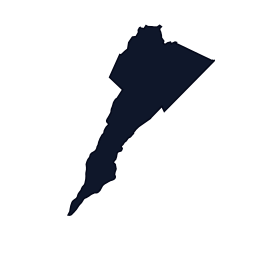 outline of Victoria, Choiseul, Saint Lucia, rotated 29°
{"feature_id": "8701671B14688938630280", "entity_name": "Victoria", "entity_type": "district", "adm_level": 2, "iso_a3": "LCA", "parent_name": "Saint Lucia", "parent_adm1": "Choiseul", "projection": "equal_earth", "projection_center": [-61.04, 13.808], "detail": "fine", "context": "isolated", "style": "filled", "palette": "ink", "viewbox_px": 256, "rotation_deg": 29, "n_neighbors": 0, "source": "geoboundaries", "source_scale": "gbopen_adm2", "svg_char_len": 5557}
<svg xmlns="http://www.w3.org/2000/svg" viewBox="0 0 256 256"><g transform="rotate(29 128 128)"><path d="M89.9,34.2L89.5,34.8L89.5,37.4L90.8,39.2L90.8,44.1L87.8,46.3L87.2,52.9L89.5,59.1L88.2,62.2L86.5,67.5L85.2,67.7L87.3,92.6L104.8,97.1L104.2,105.7L104.1,107.3L103.9,107.7L103.7,108.0L103.6,108.3L103.5,108.5L103.4,108.6L103.4,108.9L103.3,109.0L103.2,109.2L103.2,110.0L103.2,110.5L103.1,110.9L103.1,111.1L103.1,112.0L103.1,112.7L103.2,113.0L103.3,113.7L103.5,114.2L103.5,114.4L103.8,115.6L103.9,116.2L104.0,116.5L104.1,117.2L104.3,119.0L104.4,119.6L104.5,119.7L104.7,120.4L105.1,121.3L105.3,121.7L105.5,122.3L105.6,122.7L105.7,123.7L105.7,125.6L105.7,125.8L105.7,126.3L105.8,126.9L105.7,127.4L105.7,128.6L105.6,129.5L105.6,130.7L105.7,131.2L105.7,131.7L105.8,131.8L105.9,132.0L106.1,132.4L106.4,132.7L106.7,132.9L106.9,133.0L107.2,133.2L107.3,133.2L107.7,133.3L108.5,133.5L108.8,133.6L108.9,133.8L109.1,134.0L109.3,134.4L109.3,134.5L109.3,134.8L109.2,135.1L109.1,135.6L109.0,136.2L108.8,136.7L108.7,137.1L108.6,137.6L108.5,138.0L108.6,139.2L108.5,139.3L108.5,140.1L108.6,141.1L108.6,141.7L108.7,142.1L108.9,142.7L109.0,142.9L109.2,143.4L109.3,143.9L109.3,144.5L109.3,145.0L109.2,145.3L109.2,145.6L109.1,145.8L108.9,146.3L108.8,146.5L108.8,147.0L108.8,147.5L108.8,148.0L108.8,148.7L108.8,149.3L108.8,149.5L108.8,151.0L108.9,151.3L109.3,154.4L110.1,157.1L110.2,159.5L110.7,161.1L110.7,163.5L109.6,165.8L108.6,167.3L108.2,168.5L108.1,169.9L108.6,171.5L108.6,172.9L108.3,174.8L108.5,177.2L109.1,179.9L110.9,182.4L112.1,184.6L113.1,187.6L113.7,188.8L114.7,190.4L116.0,193.1L117.2,196.9L117.5,198.5L117.2,200.1L116.8,201.7L116.9,203.7L117.2,205.3L116.9,206.9L116.6,209.2L116.7,210.7L117.2,212.7L117.1,214.6L115.9,217.0L115.2,219.0L115.2,220.4L115.8,223.6L116.8,226.8L117.7,229.2L117.8,233.1L118.4,232.9L118.7,232.8L118.9,232.7L119.3,232.4L119.7,232.1L120.1,231.5L120.4,231.2L120.5,231.0L120.6,230.4L120.8,229.6L120.9,229.1L121.0,229.0L121.2,228.2L121.3,227.9L121.4,227.3L121.5,227.2L121.5,226.9L121.6,226.5L121.7,226.1L121.9,225.3L122.0,224.6L122.1,224.3L122.2,223.1L122.2,222.9L122.3,222.5L122.3,222.0L122.3,221.7L122.4,220.5L122.4,220.2L122.5,219.6L122.6,218.9L122.7,218.3L123.0,217.3L123.1,217.0L123.2,216.6L123.3,215.8L123.4,215.5L123.4,214.5L123.4,214.2L123.5,213.9L123.5,213.5L123.5,213.4L123.5,213.1L123.5,212.8L123.5,212.5L123.6,211.7L123.7,211.2L123.8,210.9L123.9,210.6L124.1,210.3L124.3,210.1L124.6,209.6L125.1,209.1L125.7,208.1L126.8,206.2L126.9,205.9L127.6,204.4L128.0,203.7L128.3,203.2L128.7,202.7L129.0,202.3L129.2,202.0L129.4,201.8L129.6,201.4L129.9,201.1L130.1,200.9L130.4,200.6L130.5,200.6L130.9,200.3L131.1,200.3L131.5,200.1L131.9,199.8L132.0,199.7L132.4,199.4L132.5,199.2L132.9,198.5L133.0,198.4L133.5,196.6L133.4,196.6L133.5,196.0L133.6,195.8L133.6,195.6L133.6,194.9L133.6,194.2L133.6,193.9L133.6,193.3L133.6,192.9L133.6,192.7L133.5,191.5L133.6,191.4L133.5,191.0L133.5,190.8L133.6,190.6L133.9,189.8L134.2,188.9L134.4,188.4L134.6,188.0L134.9,187.5L135.2,187.0L135.3,186.9L135.8,186.0L136.2,185.4L136.3,185.0L136.5,184.8L137.1,183.9L137.3,183.5L137.5,183.3L137.5,183.2L138.0,182.5L138.9,181.6L139.2,181.3L139.7,180.7L140.0,180.3L140.1,180.1L140.4,179.6L140.6,179.3L140.7,179.0L140.8,178.6L140.8,177.6L140.7,177.4L140.6,177.1L140.5,176.8L140.2,176.5L139.7,176.0L139.2,175.7L138.9,175.4L138.8,175.2L138.6,174.8L138.4,174.2L138.3,173.9L138.2,173.6L138.1,173.2L137.9,172.8L137.8,172.4L137.8,172.1L137.7,171.3L137.6,170.7L137.5,170.3L137.4,169.8L137.2,169.4L137.1,169.2L136.9,169.0L136.4,168.5L136.2,168.2L135.9,167.8L135.4,167.3L135.3,167.2L135.2,167.0L134.9,166.6L134.8,166.4L134.6,166.2L134.0,165.9L133.7,165.8L133.5,165.7L132.9,165.7L132.8,165.8L132.6,165.7L132.4,165.7L132.1,165.4L132.0,165.2L131.8,164.9L131.8,164.6L131.7,164.4L131.8,164.0L131.8,163.5L131.9,163.0L132.0,162.7L132.1,162.1L132.1,161.9L132.2,161.6L132.3,161.1L132.1,160.8L132.1,160.5L132.1,160.3L132.1,160.1L132.0,159.8L131.9,159.3L131.9,159.2L131.8,158.8L131.8,158.7L131.6,158.3L131.5,158.1L131.5,157.9L131.3,157.5L131.2,157.2L131.1,156.9L131.0,156.5L130.9,156.2L130.8,155.8L130.7,155.5L130.6,155.3L130.6,155.2L130.6,154.5L130.6,154.3L130.7,154.2L130.8,154.0L130.9,153.6L131.1,153.4L131.3,153.1L132.0,152.4L132.5,151.9L132.8,151.7L133.0,151.4L133.0,151.2L133.1,150.8L133.1,150.4L133.0,149.9L133.0,149.4L133.0,149.1L132.9,149.0L132.8,148.7L132.7,148.6L132.5,148.4L132.2,148.3L131.9,148.3L131.7,148.2L131.4,148.0L131.2,147.8L131.1,147.6L131.0,147.4L130.9,147.3L130.9,147.1L130.9,146.9L130.9,146.7L131.0,146.5L131.1,146.1L131.3,145.5L131.4,145.2L131.5,144.9L131.6,143.8L131.6,143.1L131.6,142.8L131.7,142.2L131.8,142.0L131.8,141.8L131.9,141.6L132.2,141.1L132.3,140.9L132.4,140.6L132.5,140.5L132.5,140.2L132.6,139.7L132.7,139.4L132.7,139.0L132.7,138.8L132.8,138.2L132.8,137.9L132.8,137.7L132.9,137.3L133.0,136.8L133.2,136.3L133.2,136.2L133.3,136.1L133.7,135.5L133.9,135.4L134.1,135.0L134.3,134.7L134.5,134.1L134.7,133.1L134.8,132.4L134.9,132.0L135.1,131.4L135.1,131.1L135.3,130.6L135.3,130.4L135.4,130.0L135.2,129.7L135.0,129.3L135.0,129.2L135.0,128.9L135.0,128.7L135.1,128.1L135.2,127.4L135.3,127.1L135.4,126.2L135.4,125.9L135.5,125.4L135.6,125.1L136.7,121.5L143.0,108.6L142.9,108.1L147.1,92.6L151.7,95.9L170.8,27.3L170.6,27.1L169.7,28.0L169.1,27.8L168.4,28.4L128.5,30.8L128.8,29.7L127.5,30.0L125.0,33.4L123.5,32.3L121.4,34.3L119.9,37.1L117.6,36.8L117.1,34.6L113.5,32.9L112.3,30.9L110.0,28.3L108.5,27.2L107.4,25.8L108.1,23.2L105.9,22.9L104.7,25.5L101.7,27.2L100.2,27.7L96.2,29.7L94.1,29.7L93.9,33.4L90.3,34.6L89.9,34.2Z" fill="#0f172a" stroke="#020617" stroke-width="1.5"/></g></svg>